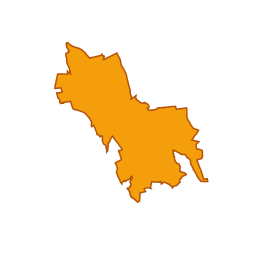 Baluseni, Botosani, Romania (Robinson projection), rotated 30°
{"feature_id": "2599482B50605777408267", "entity_name": "Baluseni", "entity_type": "district", "adm_level": 2, "iso_a3": "ROU", "parent_name": "Romania", "parent_adm1": "Botosani", "projection": "robinson", "projection_center": [26.818, 47.67], "detail": "fine", "context": "isolated", "style": "filled", "palette": "amber", "viewbox_px": 256, "rotation_deg": 30, "n_neighbors": 0, "source": "geoboundaries", "source_scale": "gbopen_adm2", "svg_char_len": 5904}
<svg xmlns="http://www.w3.org/2000/svg" viewBox="0 0 256 256"><g transform="rotate(30 128 128)"><path d="M184.7,159.8L185.0,159.4L185.5,159.1L185.6,158.4L185.5,158.0L185.6,157.6L186.4,157.0L186.9,156.9L187.6,156.5L189.2,156.5L189.3,156.3L189.8,156.4L191.1,156.4L192.2,156.0L192.4,156.4L193.4,156.5L194.5,156.7L196.5,157.6L196.6,156.9L196.1,156.3L197.0,155.4L198.0,154.2L198.8,153.6L199.4,152.1L199.2,151.5L199.4,150.7L200.3,148.9L199.3,148.3L198.7,147.2L198.9,146.5L198.7,146.0L198.8,145.4L199.3,145.0L199.0,143.8L199.3,142.6L199.5,142.2L200.1,141.8L201.4,139.7L201.7,139.5L201.7,139.1L200.6,138.6L198.9,138.6L196.9,139.2L197.0,139.4L196.5,139.6L195.5,139.6L194.4,139.4L194.2,139.2L194.2,138.4L194.0,138.0L193.1,137.1L192.7,135.4L192.3,134.9L191.6,134.7L190.3,133.8L189.7,133.6L188.7,134.1L188.0,134.2L187.5,133.9L186.2,133.4L184.4,132.2L183.6,131.4L183.2,130.4L182.2,129.3L181.9,129.1L181.5,129.1L180.1,127.9L180.1,127.7L180.4,127.6L180.4,127.3L179.9,127.1L179.2,126.6L178.7,125.8L179.1,125.2L178.3,124.6L178.3,124.4L178.7,124.3L179.6,124.7L181.0,124.1L182.0,124.0L183.4,124.2L185.2,123.9L185.5,124.1L186.0,124.0L186.8,124.3L187.1,124.3L188.1,123.9L189.6,122.9L190.7,122.6L192.8,123.2L193.0,123.6L193.8,124.0L194.5,124.0L195.2,124.1L196.7,124.2L198.3,125.1L198.8,125.6L199.5,126.8L199.8,127.0L200.2,127.7L202.0,128.8L202.8,129.4L204.5,130.2L204.8,130.6L204.8,130.8L205.2,131.1L205.4,131.5L205.6,131.5L206.1,131.4L206.5,131.6L207.2,132.1L207.5,132.4L209.6,133.5L212.3,135.4L214.1,136.1L214.9,136.7L215.6,137.0L216.1,137.0L216.9,137.5L217.8,137.8L220.8,136.3L223.8,134.5L222.1,132.3L219.3,134.3L219.1,134.4L218.7,134.2L215.7,131.1L211.3,127.4L208.5,125.4L207.4,124.3L203.6,121.2L203.7,120.9L207.1,117.7L206.9,116.7L206.8,115.3L205.0,112.6L204.1,111.1L203.4,110.3L200.5,110.8L198.0,111.6L197.4,111.3L196.3,110.1L195.3,108.0L195.4,106.7L196.2,105.2L196.2,104.4L189.4,106.5L189.6,101.3L190.2,98.8L190.2,98.1L190.0,97.7L190.3,95.5L190.2,94.7L184.4,95.6L180.7,93.8L177.9,92.0L175.5,90.8L174.2,89.9L168.7,81.3L160.6,87.5L159.9,87.1L158.3,85.5L156.8,86.7L156.6,86.6L156.2,86.8L149.4,91.8L149.6,92.0L148.3,92.9L148.1,92.7L147.8,92.9L147.9,93.0L143.7,95.7L143.4,96.3L143.4,97.0L143.6,97.2L140.0,100.5L139.7,100.5L139.7,100.4L139.5,100.5L137.4,102.3L135.0,101.3L135.6,100.9L135.8,100.5L135.8,99.7L135.6,99.1L135.1,98.4L133.2,97.6L131.5,97.4L129.4,97.7L129.5,98.6L128.8,98.7L127.1,99.7L126.6,99.7L123.1,99.4L120.7,99.0L120.3,98.5L119.7,98.1L119.3,97.4L119.0,97.1L118.7,96.0L116.4,101.0L116.1,101.4L115.9,100.3L115.3,99.1L113.1,97.4L111.9,95.9L111.5,94.9L110.5,93.6L109.2,92.6L105.4,88.7L99.2,82.1L94.1,78.7L91.1,77.2L90.0,76.2L87.2,72.9L85.9,71.8L83.6,70.5L80.9,68.6L72.8,80.9L72.5,80.8L72.3,81.0L71.7,77.8L70.9,77.6L70.2,78.4L68.6,77.1L68.3,78.1L68.6,78.3L68.2,78.7L64.2,82.6L59.7,86.6L57.3,85.7L56.0,85.5L54.1,84.5L51.2,83.9L50.1,83.6L48.2,83.4L46.3,83.5L45.7,83.4L44.6,83.9L43.2,84.0L42.5,84.3L41.5,84.8L40.0,84.6L39.2,84.7L38.9,85.1L35.3,84.8L34.7,84.5L33.8,84.3L32.8,84.4L32.2,85.2L32.2,85.4L32.6,85.7L32.5,86.0L32.9,86.2L32.9,86.6L33.3,86.7L34.0,88.2L35.9,89.4L36.9,89.8L38.4,90.7L38.8,91.1L38.7,91.4L38.1,91.7L38.4,92.0L38.3,92.4L38.6,92.7L38.1,93.1L38.0,93.5L37.4,94.1L36.9,94.3L37.3,95.1L38.4,96.8L39.4,97.9L40.9,99.3L41.8,101.4L43.0,102.5L47.8,106.1L51.2,109.7L50.6,109.7L49.4,109.2L48.6,109.2L47.9,109.4L47.2,109.2L48.0,110.3L49.0,111.4L40.2,116.3L40.1,116.5L43.6,127.2L44.3,128.9L45.0,130.3L49.8,126.8L52.3,129.0L52.9,129.3L53.0,130.0L52.7,130.2L52.7,130.4L48.7,133.2L52.3,137.1L54.0,137.3L55.0,138.1L56.1,139.9L56.6,139.7L57.3,140.5L59.4,139.0L59.1,138.9L58.8,138.5L64.9,133.7L69.6,138.0L70.2,138.4L71.7,139.0L72.4,138.9L73.5,138.2L77.6,137.3L82.5,136.5L83.8,136.8L89.1,138.5L91.1,139.6L93.7,141.2L93.9,141.7L94.5,143.5L95.9,145.0L96.3,144.4L96.8,143.0L97.3,143.4L98.0,143.4L100.6,145.7L103.1,147.4L103.5,148.3L104.6,149.2L104.9,149.2L105.6,148.6L106.1,148.5L107.3,149.1L107.6,149.0L107.7,149.5L108.1,149.6L108.2,149.4L108.6,149.3L108.7,148.6L108.9,148.4L109.3,147.8L110.4,148.5L110.8,149.0L111.2,150.7L111.8,151.1L112.7,152.4L115.2,154.1L116.8,154.1L117.7,154.5L118.8,155.5L119.0,155.7L119.0,156.1L119.4,156.4L120.1,157.4L120.8,157.8L121.4,158.9L121.3,159.2L121.6,159.5L121.6,158.5L121.8,157.8L121.2,157.0L120.1,153.9L119.7,153.2L119.1,152.6L118.3,151.4L118.4,151.1L118.8,150.8L118.7,150.0L118.9,149.8L118.9,149.2L118.8,147.8L118.4,146.1L118.5,142.8L119.8,143.2L119.7,143.3L122.8,144.7L128.1,146.8L128.7,147.2L133.1,149.1L133.2,149.4L133.0,149.6L133.1,149.8L133.5,150.4L133.2,150.5L132.7,151.2L131.9,151.8L131.3,152.0L131.2,152.1L131.3,152.6L131.8,152.6L132.0,152.8L132.1,153.4L133.1,153.8L135.6,156.4L137.1,157.4L137.5,157.8L137.7,158.4L137.9,158.5L138.0,158.9L134.4,164.6L137.7,166.9L138.8,168.2L139.5,169.7L140.2,172.2L140.4,172.6L141.9,173.4L143.3,175.0L145.2,176.0L148.9,178.8L150.6,179.4L150.1,178.5L150.1,178.2L150.5,177.4L150.7,176.4L150.7,175.6L151.0,175.3L152.1,175.8L152.3,175.8L152.4,175.7L152.7,175.1L152.5,174.8L152.8,174.6L153.2,173.8L155.1,171.5L155.3,170.8L155.2,170.3L155.0,169.7L155.0,168.1L155.7,168.2L156.2,168.6L156.5,169.3L156.7,169.6L156.6,170.6L156.3,171.4L156.6,172.0L156.7,173.9L158.1,174.6L158.9,175.4L159.3,176.0L158.9,176.3L158.8,176.8L159.1,177.2L158.9,177.5L158.8,178.4L159.3,179.1L158.8,179.5L158.4,180.3L157.7,180.3L157.5,180.5L157.8,181.1L158.3,181.3L159.3,181.2L160.2,181.6L160.5,182.1L161.3,182.4L161.6,182.9L162.5,183.7L162.9,184.5L164.2,185.2L164.4,185.7L165.5,186.0L165.8,186.2L165.8,186.4L166.1,186.5L166.4,186.5L166.5,186.3L168.3,186.2L169.2,186.7L170.0,186.6L171.3,187.0L172.4,187.0L173.4,187.4L174.5,185.5L173.9,184.4L173.9,184.1L173.5,183.6L172.1,180.1L171.1,179.1L171.1,178.5L171.0,178.1L175.0,174.3L174.4,174.0L174.2,174.0L172.4,172.7L173.0,171.5L174.1,170.6L176.0,169.5L177.3,168.9L178.0,168.8L177.5,168.5L176.6,166.5L176.0,164.6L175.3,162.9L181.6,159.5L182.3,159.3L183.2,157.9L184.7,159.8Z" fill="#f59e0b" stroke="#b45309" stroke-width="1.5"/></g></svg>